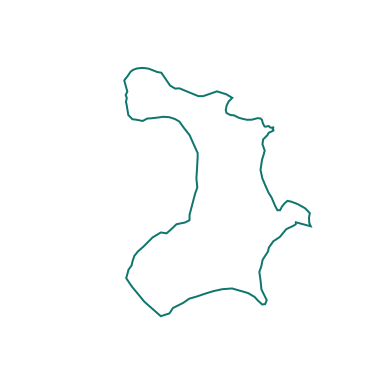 Irepodun, Kwara, Nigeria, rotated 235°
{"feature_id": "59680162B70509973828236", "entity_name": "Irepodun", "entity_type": "district", "adm_level": 2, "iso_a3": "NGA", "parent_name": "Nigeria", "parent_adm1": "Kwara", "projection": "orthographic", "projection_center": [4.958, 8.196], "detail": "fine", "context": "isolated", "style": "outline", "palette": "teal", "viewbox_px": 384, "rotation_deg": 235, "n_neighbors": 0, "source": "geoboundaries", "source_scale": "gbopen_adm2", "svg_char_len": 2140}
<svg xmlns="http://www.w3.org/2000/svg" viewBox="0 0 384 384"><g transform="rotate(235 192 192)"><path d="M95.8,269.6L99.3,270.3L101.4,271.6L103.8,273.0L107.1,276.4L113.9,275.3L121.7,271.5L125.8,268.7L127.1,267.8L130.0,265.1L129.6,261.3L128.4,257.2L126.6,253.8L128.0,251.5L132.2,252.0L141.9,254.0L147.5,254.3L152.3,255.2L158.5,256.5L159.2,256.7L162.7,257.4L170.8,260.8L178.2,267.8L181.5,272.1L184.2,275.3L190.7,277.1L190.9,277.3L192.0,278.3L194.3,280.5L195.2,285.9L195.2,286.1L196.3,288.3L196.5,288.9L195.6,293.9L195.9,294.2L197.1,294.2L198.0,295.5L198.5,295.5L199.0,294.0L200.3,292.9L201.5,292.9L202.3,292.3L203.0,290.3L204.0,289.0L206.7,289.3L208.7,289.8L210.9,290.7L213.1,290.2L214.9,288.0L216.9,282.5L219.6,278.5L222.5,275.8L225.6,273.2L225.9,273.0L226.6,272.6L230.8,270.3L232.8,267.8L235.5,266.3L237.1,265.6L239.8,266.7L242.9,269.9L245.1,273.9L246.0,279.0L250.7,276.9L252.8,275.9L254.6,274.4L260.1,270.2L264.1,256.2L266.9,252.2L275.9,246.4L284.1,241.2L286.4,237.5L291.8,235.1L307.3,235.3L310.4,232.2L313.2,230.4L317.8,227.3L320.1,224.9L322.2,222.4L324.7,217.9L325.8,214.1L325.8,210.8L323.9,205.8L322.3,200.5L311.3,196.6L309.5,193.3L306.4,192.5L303.7,189.6L300.6,188.3L291.6,184.0L285.8,184.9L283.4,187.6L278.5,192.3L277.8,197.6L275.8,200.8L272.7,206.5L270.1,211.6L266.2,216.4L261.4,220.0L256.8,222.1L250.1,222.1L240.7,222.6L239.6,222.6L226.4,220.0L220.7,219.0L217.4,216.7L215.4,215.1L205.2,207.1L200.8,203.5L192.6,198.9L188.8,193.5L188.0,192.6L179.9,183.0L174.8,177.0L170.3,173.7L171.1,168.6L174.5,160.8L173.4,153.6L172.7,147.5L176.7,143.3L177.4,133.8L175.1,120.7L174.3,113.5L172.7,108.1L169.5,103.7L166.5,100.4L164.7,95.2L164.0,94.6L159.2,88.7L154.8,88.6L149.5,88.5L146.2,88.7L144.1,88.9L136.7,89.5L129.6,90.0L118.1,92.8L108.2,95.2L105.5,103.9L107.9,109.9L106.2,121.4L106.2,128.6L103.6,136.1L101.5,143.4L98.7,152.2L95.1,160.9L90.0,169.5L82.1,175.9L77.0,180.0L70.1,183.1L65.4,183.7L59.6,185.0L58.2,187.6L60.6,191.2L72.4,193.0L80.2,197.4L87.9,201.3L91.5,206.3L96.0,211.0L99.7,220.2L102.4,223.1L105.0,230.4L104.8,238.2L107.5,247.9L106.2,255.6L106.0,258.4L107.6,259.7L95.8,269.6Z" fill="none" stroke="#0f766e" stroke-width="2"/></g></svg>